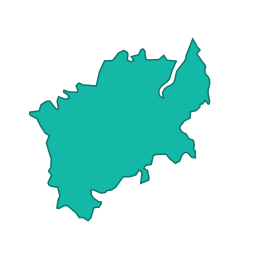 outline of Gloucestershire, rotated 161°
{"feature_id": "GBR-2039", "entity_name": "Gloucestershire", "entity_type": "Administrative County", "adm_level": 1, "iso_a3": "GBR", "parent_name": "United Kingdom", "parent_adm1": "", "projection": "albers", "projection_center": [-2.218, 51.841], "detail": "fine", "context": "isolated", "style": "filled", "palette": "teal", "viewbox_px": 256, "rotation_deg": 161, "n_neighbors": 0, "source": "natural_earth", "source_scale": "10m", "svg_char_len": 2196}
<svg xmlns="http://www.w3.org/2000/svg" viewBox="0 0 256 256"><g transform="rotate(161 128 128)"><path d="M37.8,191.1L36.6,185.3L36.5,182.6L35.6,180.8L34.7,179.3L34.6,178.5L35.0,177.8L37.8,176.7L38.5,175.6L38.5,174.7L38.2,173.4L37.6,171.8L36.4,166.9L34.9,163.0L34.6,161.6L34.8,160.4L35.9,158.7L36.5,157.5L37.1,155.4L37.2,153.8L36.0,151.4L35.4,149.5L35.3,147.4L35.6,145.7L36.3,143.3L40.1,137.4L41.3,133.4L41.1,133.6L41.2,133.4L42.3,126.3L43.3,124.5L44.4,124.5L46.1,129.0L49.9,126.5L52.1,127.1L53.3,124.3L58.2,122.3L63.6,123.1L66.0,117.2L72.2,116.4L78.4,112.5L79.1,110.6L78.6,107.2L74.9,103.1L74.0,98.1L70.3,95.2L70.8,90.4L72.8,87.1L72.0,84.1L74.0,77.8L77.3,79.6L79.4,84.9L82.2,86.4L85.7,84.9L89.9,79.9L92.9,79.5L94.7,79.2L98.6,85.5L100.5,90.9L110.3,93.9L113.3,93.5L117.9,86.0L123.6,86.9L126.2,84.8L123.4,81.3L124.4,73.9L125.4,72.0L134.0,71.5L129.1,81.6L131.4,84.7L135.6,81.2L141.5,81.2L148.6,83.4L159.0,76.0L164.0,74.8L168.1,75.7L170.6,74.4L175.0,75.4L181.1,81.1L183.2,81.0L184.3,77.8L183.8,73.5L180.2,68.2L177.5,66.8L177.6,65.6L181.1,62.6L186.2,63.8L192.3,55.3L195.9,53.3L199.5,57.9L203.2,59.1L204.8,64.7L210.5,74.3L213.4,75.4L219.7,74.4L221.3,75.5L217.5,82.7L214.4,86.1L214.4,87.6L213.7,94.6L220.3,98.5L221.4,100.1L221.4,102.3L215.6,108.4L217.2,113.0L213.7,116.0L210.6,123.9L210.1,140.3L204.9,146.6L207.9,150.1L210.1,158.9L210.9,166.4L215.9,171.5L216.5,173.4L215.6,175.0L209.6,173.7L206.5,173.1L202.5,178.3L198.1,179.4L196.6,179.8L193.2,179.0L189.9,169.4L188.1,168.4L187.2,170.0L186.3,176.4L183.5,180.1L177.6,175.4L173.8,175.7L174.0,178.5L177.2,183.0L176.2,184.6L172.6,181.6L164.8,178.4L163.1,179.2L163.3,184.9L159.8,186.5L156.4,183.3L144.3,178.1L136.6,190.5L128.2,199.2L120.7,196.7L112.3,202.1L106.7,202.7L104.0,199.5L104.2,197.3L106.5,192.7L104.2,189.8L100.4,189.6L101.7,194.4L94.1,193.8L90.4,197.7L88.2,197.9L87.0,195.4L88.2,191.0L88.6,186.7L87.9,186.1L76.4,182.6L70.5,185.1L69.0,179.3L61.2,175.9L60.6,175.5L67.0,168.8L73.0,160.7L76.0,159.0L83.5,156.4L86.3,153.8L87.7,150.5L87.3,147.3L84.7,144.8L83.9,150.1L80.8,153.0L76.8,154.3L73.3,154.6L70.0,155.9L67.6,158.9L65.5,162.7L63.0,166.1L52.5,173.0L50.9,174.8L49.3,177.6L37.8,191.1Z" fill="#14b8a6" stroke="#0f766e" stroke-width="1.5"/></g></svg>